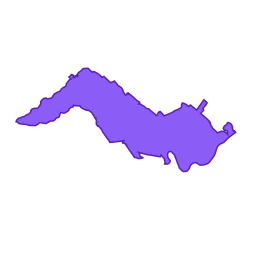 Tantareni, Gorj, Romania, rotated 229°
{"feature_id": "2599482B87643568907682", "entity_name": "Tantareni", "entity_type": "district", "adm_level": 2, "iso_a3": "ROU", "parent_name": "Romania", "parent_adm1": "Gorj", "projection": "albers", "projection_center": [23.539, 44.621], "detail": "fine", "context": "isolated", "style": "filled", "palette": "violet", "viewbox_px": 256, "rotation_deg": 229, "n_neighbors": 0, "source": "geoboundaries", "source_scale": "gbopen_adm2", "svg_char_len": 5812}
<svg xmlns="http://www.w3.org/2000/svg" viewBox="0 0 256 256"><g transform="rotate(229 128 128)"><path d="M199.3,137.0L201.6,134.1L202.0,133.5L202.2,132.8L202.2,132.2L202.0,129.9L202.3,127.0L202.2,126.4L201.9,125.6L201.1,124.8L201.7,124.4L201.5,123.8L200.9,124.0L200.4,124.3L199.9,123.8L200.2,123.7L201.0,123.2L201.9,122.5L201.9,122.4L200.8,121.2L202.0,119.7L202.4,120.0L202.5,120.6L202.8,120.9L203.0,121.3L203.5,121.4L203.9,121.1L204.2,121.1L204.4,120.9L205.1,120.9L205.4,120.6L205.2,118.3L205.2,116.8L203.4,117.0L202.3,117.0L202.7,116.2L202.8,115.3L202.0,111.0L201.9,110.7L200.7,109.2L200.5,108.8L200.4,108.1L200.6,106.9L201.0,105.9L201.1,104.0L201.1,103.2L200.8,102.6L200.5,101.3L200.6,100.6L200.6,100.2L201.1,98.7L201.4,98.1L201.6,96.4L201.8,95.3L202.0,94.8L201.8,93.8L201.6,93.5L201.7,93.1L201.1,91.7L200.9,90.6L201.0,89.7L201.2,89.2L202.6,86.6L203.4,86.1L204.3,85.8L204.8,85.3L205.4,84.1L205.6,83.0L205.6,81.3L205.3,79.8L205.1,79.8L204.7,79.0L203.9,78.4L203.1,77.1L202.8,76.2L202.8,75.4L202.6,75.1L202.2,73.4L202.3,72.5L203.0,71.9L203.4,71.1L204.2,70.4L204.4,70.1L204.5,69.7L204.8,69.1L204.9,68.7L205.1,68.4L205.3,67.5L205.1,66.9L205.0,66.1L204.9,65.9L204.3,65.7L203.8,64.9L203.7,63.7L203.8,63.0L203.7,62.1L203.8,61.6L204.5,60.2L204.7,58.5L204.6,57.9L204.7,57.5L205.8,55.3L206.0,54.6L206.2,53.4L206.5,53.1L206.9,52.4L206.9,52.1L207.2,51.6L207.1,51.3L207.0,50.3L207.1,49.3L206.1,47.6L205.0,48.5L204.1,48.6L203.2,48.5L202.7,48.7L201.1,50.1L197.3,53.7L195.3,54.7L194.5,55.4L190.3,60.0L190.3,60.3L190.5,61.0L190.1,61.7L190.0,62.1L189.9,63.1L190.1,64.2L190.0,64.4L189.5,65.3L188.7,66.2L188.3,66.5L187.7,66.7L187.0,67.5L185.6,68.6L185.0,69.4L184.8,70.8L184.6,71.9L184.3,72.3L184.6,73.0L184.6,73.4L183.4,74.7L183.0,75.3L182.5,75.9L182.4,76.1L182.3,76.9L182.1,77.6L182.3,79.3L182.5,79.7L182.6,80.1L182.4,80.7L182.5,80.9L182.3,81.4L182.0,81.7L181.6,82.4L181.6,83.6L181.7,83.9L182.7,84.9L183.0,85.6L183.2,86.3L183.6,87.1L183.3,88.1L183.2,88.2L182.4,88.4L182.0,88.7L181.1,89.7L180.6,90.6L180.5,91.1L180.6,91.7L180.2,93.4L180.2,94.5L180.3,95.2L180.9,95.9L181.1,97.5L180.9,98.4L180.3,99.4L180.1,100.0L180.0,100.7L180.3,101.3L180.9,101.7L180.3,102.1L179.6,102.6L179.7,102.9L179.3,103.0L178.4,103.9L178.1,104.1L177.9,104.5L176.2,106.2L174.6,105.9L174.0,106.2L172.6,106.4L169.7,107.8L168.2,108.7L167.6,109.5L167.0,110.0L166.8,109.9L166.6,109.9L163.8,110.7L161.4,110.4L160.2,110.4L157.6,109.6L157.1,109.7L156.6,110.3L156.1,110.0L156.1,109.5L156.0,109.4L155.2,109.4L154.2,108.8L153.6,108.6L153.0,108.0L153.1,107.6L151.4,106.8L151.4,106.5L151.3,106.4L150.2,106.5L149.4,106.3L149.3,106.9L147.6,107.0L143.5,107.0L142.5,106.5L141.3,106.3L136.8,105.8L132.7,105.4L130.7,105.5L130.5,105.2L129.0,104.9L126.6,108.2L126.2,108.9L125.8,109.4L123.7,112.5L122.1,115.0L121.3,116.6L120.8,116.0L121.0,115.6L121.0,114.6L120.8,114.4L120.3,114.4L119.8,114.2L119.6,114.7L118.7,115.5L118.2,115.3L118.0,115.6L117.3,115.8L117.1,115.7L116.9,115.9L116.6,115.8L116.5,115.6L116.5,115.4L115.9,115.4L115.6,115.1L115.2,115.2L113.2,114.9L101.4,113.6L100.5,114.7L99.0,115.3L98.3,115.7L97.6,116.3L97.1,116.9L96.1,118.9L95.8,119.7L96.9,119.5L98.9,118.4L99.8,119.1L100.9,119.7L101.0,119.8L102.7,120.0L94.8,125.4L92.2,127.7L85.1,133.4L85.9,135.2L82.5,135.2L81.7,135.3L81.2,135.2L79.9,134.5L77.6,133.5L77.1,132.9L77.3,132.8L76.9,132.0L76.7,132.1L75.5,133.4L75.1,133.9L74.7,134.8L74.5,135.6L74.5,136.4L74.8,137.3L75.2,138.0L75.6,138.3L76.2,138.6L77.5,138.6L79.4,138.8L81.5,140.0L82.4,140.9L83.2,142.3L83.3,142.7L83.0,143.5L82.5,144.5L82.2,144.8L81.6,145.2L77.8,145.4L77.2,145.3L73.3,144.0L68.9,142.3L66.9,141.7L65.1,140.9L63.8,140.5L60.2,140.8L58.6,141.4L58.3,141.8L57.2,143.4L56.8,144.1L56.7,144.7L56.9,146.3L57.2,147.6L58.6,150.2L58.8,151.0L58.9,151.9L58.9,152.9L58.8,153.9L58.6,154.4L58.1,155.6L57.3,156.5L56.8,156.8L53.0,157.9L52.6,158.2L52.1,158.9L50.9,160.3L50.3,161.2L49.3,163.5L48.8,165.3L48.8,167.3L50.5,174.9L51.5,177.0L54.1,181.1L55.2,183.1L55.4,183.9L55.5,185.5L55.5,186.1L55.4,186.9L54.5,190.0L54.3,191.2L54.7,196.1L54.7,198.0L54.3,204.3L54.0,206.4L55.9,206.6L56.1,206.4L56.3,205.7L56.7,205.6L57.0,205.6L59.8,207.0L59.8,207.3L60.0,207.4L61.2,207.9L62.7,208.4L64.5,208.2L66.1,207.5L66.5,207.1L66.6,206.6L66.6,206.1L65.9,204.5L66.2,203.3L66.2,202.2L65.9,201.0L65.2,199.7L64.2,199.3L63.3,199.3L62.7,199.6L62.6,200.0L62.2,200.0L61.0,200.9L60.7,201.0L59.0,199.9L57.8,199.0L58.9,199.1L61.8,198.4L62.5,198.0L64.1,196.5L64.9,194.8L65.5,192.6L67.3,192.3L71.4,191.8L72.4,191.8L74.1,192.2L75.5,192.3L76.6,192.7L77.4,193.3L78.2,193.2L78.3,193.5L79.3,193.2L79.5,193.9L86.3,193.2L91.4,192.4L91.3,192.7L91.5,193.3L91.5,193.9L91.6,194.8L91.6,195.4L91.9,196.7L92.3,197.2L93.5,197.1L94.1,200.5L94.1,201.1L95.1,204.3L98.1,204.0L98.6,203.8L99.5,203.9L96.5,191.6L104.5,190.2L104.3,188.0L107.3,187.4L110.1,186.3L111.2,185.4L111.2,185.1L110.4,183.7L109.0,182.4L108.6,181.8L108.6,181.4L108.7,180.4L109.5,176.9L109.8,176.4L110.5,174.2L110.4,173.8L110.8,171.4L111.6,168.7L113.6,163.2L115.7,163.3L119.1,163.2L119.1,162.3L119.8,162.3L119.6,160.5L118.9,159.2L118.7,158.5L118.6,157.8L122.2,157.2L126.5,156.4L128.4,156.3L129.1,156.0L130.4,155.0L131.6,154.5L132.0,154.5L132.8,154.6L133.2,154.6L135.1,153.8L137.3,153.3L137.8,153.1L138.4,152.9L138.6,152.8L138.6,152.3L138.8,152.3L139.0,152.0L139.8,153.8L142.1,153.0L143.4,152.7L148.0,152.2L154.0,151.2L153.7,150.6L154.8,150.4L154.0,148.2L154.8,148.0L155.0,147.7L155.9,147.7L156.4,148.0L157.8,148.0L158.2,148.2L158.9,148.4L159.7,148.8L160.2,148.9L160.7,149.2L161.4,149.2L163.1,149.5L164.7,148.9L165.4,148.8L166.2,148.4L167.6,148.4L169.1,148.6L170.8,148.5L172.4,148.6L172.8,146.8L173.8,144.5L182.7,143.7L183.0,142.5L183.0,141.8L183.1,141.7L184.1,141.7L187.1,141.3L189.9,140.6L191.0,140.1L191.4,140.1L191.9,139.7L192.6,139.5L192.8,139.2L193.5,138.7L193.4,137.6L199.3,137.0Z" fill="#8b5cf6" stroke="#5b21b6" stroke-width="1.5"/></g></svg>